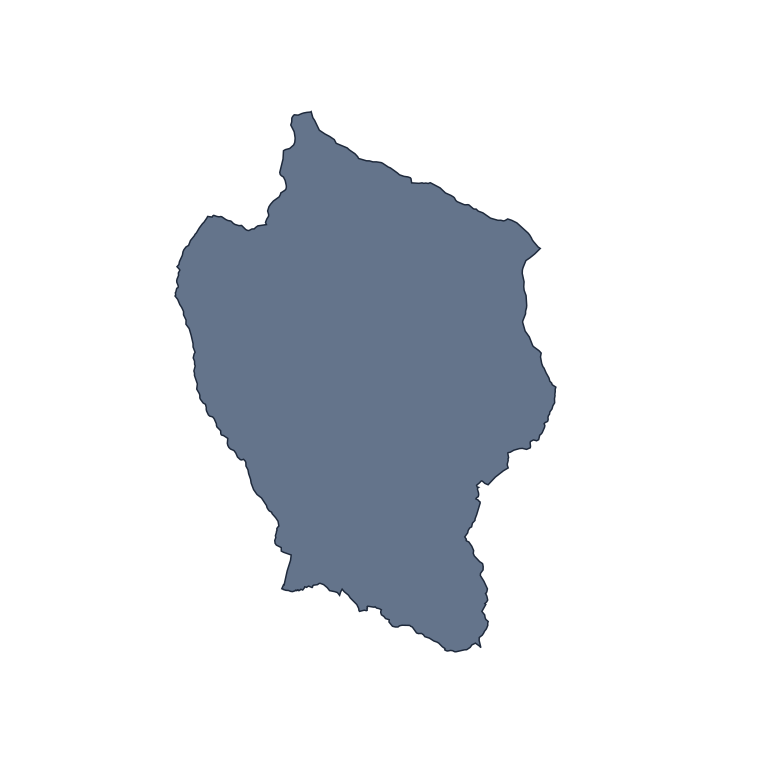 outline of Comarnic, Prahova, Romania, rotated 52°
{"feature_id": "2599482B19428684373237", "entity_name": "Comarnic", "entity_type": "district", "adm_level": 2, "iso_a3": "ROU", "parent_name": "Romania", "parent_adm1": "Prahova", "projection": "robinson", "projection_center": [25.622, 45.269], "detail": "fine", "context": "isolated", "style": "filled", "palette": "slate", "viewbox_px": 768, "rotation_deg": 52, "n_neighbors": 0, "source": "geoboundaries", "source_scale": "gbopen_adm2", "svg_char_len": 6170}
<svg xmlns="http://www.w3.org/2000/svg" viewBox="0 0 768 768"><g transform="rotate(52 384 384)"><path d="M651.4,470.0L644.6,466.9L642.4,465.0L642.4,461.1L641.5,458.5L640.8,457.3L640.0,454.1L638.1,450.8L636.3,449.5L635.3,448.1L632.2,448.7L630.4,448.2L627.9,446.8L623.5,446.9L620.4,439.5L619.1,439.8L618.9,437.2L618.1,435.3L614.6,433.6L611.5,432.9L611.6,432.0L611.0,430.8L609.1,428.6L600.9,426.7L594.2,426.0L592.6,424.5L591.5,420.4L589.0,418.3L586.5,417.0L585.5,417.1L582.9,418.0L575.1,418.7L572.5,418.0L570.4,415.9L565.9,414.7L560.7,414.4L558.4,415.6L557.7,415.5L557.0,414.7L554.2,414.5L552.8,409.7L551.2,407.8L550.2,405.1L550.5,402.9L548.1,400.0L547.5,396.3L546.3,395.2L544.0,391.4L537.0,381.5L536.0,380.9L534.8,381.3L533.6,381.2L531.1,382.3L530.6,381.1L530.8,379.1L529.7,377.7L528.1,376.6L524.5,375.2L523.6,374.1L523.7,373.1L522.4,374.0L520.8,373.4L520.7,369.8L520.3,367.3L520.5,366.7L521.5,366.2L524.4,365.7L527.5,364.0L525.9,353.6L525.9,343.3L526.6,337.8L524.3,337.0L522.9,336.1L520.8,333.3L519.3,332.3L518.8,331.2L515.5,329.5L514.6,328.9L514.5,328.5L515.5,326.5L516.1,322.4L518.3,317.0L519.9,314.6L523.3,311.9L524.3,308.0L523.3,306.9L520.5,305.2L519.7,304.4L519.5,303.8L520.1,300.6L522.7,298.7L523.1,296.4L520.2,292.8L520.2,291.2L519.8,289.4L517.0,284.2L515.9,282.9L513.8,282.2L513.6,280.5L514.1,278.9L514.0,277.7L513.0,276.5L511.2,275.3L510.1,273.8L509.8,272.3L508.1,270.5L507.1,267.0L505.1,264.3L503.9,261.1L500.5,258.7L498.6,256.5L497.3,255.7L495.4,253.7L493.6,252.4L492.3,250.5L488.1,251.9L486.5,251.3L483.9,251.6L480.8,250.3L475.0,249.4L470.0,248.1L468.1,248.1L464.9,247.1L459.0,244.0L456.4,241.1L453.4,241.3L446.5,243.2L445.3,243.2L436.3,240.5L429.2,240.2L420.6,236.7L419.8,235.9L415.9,229.3L413.7,227.5L411.7,224.8L410.1,223.3L401.8,217.6L396.5,215.9L393.4,214.0L389.7,210.7L382.0,207.0L379.3,204.7L377.9,202.8L374.1,196.2L374.4,191.4L374.3,185.1L373.4,177.4L371.0,178.2L363.7,178.5L361.3,178.4L360.1,178.0L356.4,177.5L353.9,177.5L338.8,180.1L333.6,182.6L330.1,184.9L329.7,188.0L329.0,189.5L326.9,191.1L325.2,193.4L318.8,198.0L310.0,200.7L305.8,203.3L302.9,203.7L302.0,204.9L300.9,205.7L295.3,206.8L294.4,207.4L292.8,209.7L291.9,210.5L285.3,214.1L283.5,214.4L280.7,213.9L279.4,214.1L276.7,215.1L271.2,218.0L264.1,219.0L254.3,223.4L253.8,223.7L253.2,225.7L251.4,227.3L250.4,229.1L248.9,230.2L247.4,232.9L242.5,238.4L238.8,236.3L237.7,236.3L235.6,237.6L232.7,240.4L228.7,243.0L226.0,243.5L217.7,245.9L215.6,247.1L209.1,249.2L207.8,249.9L204.3,253.2L202.1,256.0L199.3,258.0L197.3,260.4L190.6,265.2L188.7,264.8L184.8,265.1L178.1,267.2L175.4,267.6L164.9,273.5L160.8,272.7L155.5,274.4L150.6,276.6L144.2,278.7L133.7,276.4L130.3,276.1L124.5,273.7L124.5,274.4L122.5,277.5L121.0,280.4L120.2,282.5L119.3,286.1L116.6,289.0L116.9,291.1L117.7,292.9L120.7,295.4L122.5,298.0L130.0,299.5L135.5,302.6L138.6,305.5L140.0,308.0L140.3,312.5L140.3,313.4L138.6,317.4L138.3,319.6L144.5,325.0L153.1,335.9L155.1,336.8L156.8,336.6L159.0,335.8L162.8,336.6L167.4,338.8L168.7,339.7L169.6,340.7L170.2,341.7L170.3,343.0L169.9,347.7L170.9,349.0L172.0,351.4L171.7,358.5L172.5,362.7L173.5,365.6L176.0,369.2L179.3,370.5L180.7,371.6L181.9,374.9L183.7,377.9L186.0,378.5L181.7,386.1L181.6,389.0L181.9,390.7L180.5,392.7L180.0,395.6L179.5,396.5L178.1,397.5L176.9,397.9L171.4,398.6L169.9,400.8L166.4,403.3L164.5,403.9L161.8,404.2L161.0,404.6L159.0,406.4L157.0,407.4L152.3,408.9L151.5,409.6L150.7,411.1L149.0,412.6L146.3,414.3L146.1,415.2L146.6,416.7L143.4,419.8L144.1,421.3L145.7,426.3L145.9,428.3L147.3,433.4L149.5,439.0L149.7,440.7L150.4,442.1L151.8,448.2L154.5,452.7L154.1,455.7L155.0,459.0L156.0,460.9L158.4,463.6L161.6,469.8L163.6,472.1L164.1,474.9L168.1,474.6L168.7,474.9L169.9,477.7L172.0,479.1L173.8,482.3L174.9,483.7L176.2,484.6L179.9,485.7L180.9,486.4L181.2,487.1L181.0,488.2L181.4,489.0L183.3,491.3L183.6,492.2L185.8,493.5L186.0,494.5L190.3,494.5L195.7,496.0L199.1,496.3L203.4,497.3L206.1,499.4L211.7,500.6L215.0,503.3L220.4,503.4L226.9,506.0L234.6,509.6L237.3,511.7L242.7,513.3L243.4,515.1L246.0,518.3L249.3,519.2L252.0,521.2L253.5,521.6L256.7,525.8L258.7,526.6L260.6,528.1L269.0,531.0L272.7,534.7L278.1,535.5L279.7,536.2L281.6,537.7L283.1,538.1L287.6,538.2L290.1,537.2L293.3,538.6L294.2,539.5L295.9,540.4L300.2,541.4L302.0,541.1L304.4,539.3L306.7,539.2L312.2,540.6L313.6,541.6L315.0,542.1L320.2,541.5L322.7,543.2L323.7,543.5L324.7,543.2L325.6,542.3L330.7,540.6L334.3,544.0L336.3,544.9L338.5,545.3L340.7,545.0L344.1,543.2L347.2,543.3L351.3,544.4L355.2,543.8L356.2,542.9L356.9,541.0L359.4,540.8L360.8,541.2L363.7,543.3L367.8,544.0L371.4,545.9L376.9,547.8L380.3,549.7L387.0,551.8L392.9,552.1L398.4,550.7L407.4,551.4L409.4,552.3L412.0,552.6L413.5,552.5L415.9,551.5L417.2,552.0L422.7,551.7L426.9,552.0L431.2,554.3L431.5,556.3L432.0,557.5L433.6,558.6L433.8,559.3L435.0,560.5L436.6,562.9L438.5,563.9L440.0,566.4L442.5,567.9L444.7,568.0L449.6,565.7L452.4,567.8L454.7,566.8L461.6,562.4L465.4,566.2L471.7,575.4L480.8,586.4L480.3,586.7L482.4,590.6L483.7,589.7L483.9,589.9L486.2,588.3L487.9,586.4L490.0,585.2L491.3,583.9L492.1,581.7L492.0,580.7L492.8,580.5L492.8,579.4L494.0,578.8L494.2,578.5L493.7,578.3L494.7,577.6L494.6,575.9L496.3,574.9L495.6,572.2L495.0,571.3L496.7,570.1L496.6,569.2L496.9,567.8L500.1,566.0L500.1,565.5L499.2,564.3L499.1,563.5L501.2,559.9L501.2,558.1L501.8,557.0L504.9,555.1L509.6,554.1L513.3,554.1L517.4,550.6L519.7,549.1L523.2,549.1L521.1,546.1L519.9,543.3L523.3,543.2L528.5,542.0L531.9,542.3L541.0,541.2L545.2,542.1L547.1,543.2L548.1,543.3L550.1,538.8L551.7,537.5L551.9,537.0L551.9,536.5L550.4,535.6L550.3,534.9L549.2,534.6L549.0,534.0L549.2,533.5L553.4,529.6L553.9,529.0L554.0,528.2L556.0,527.8L558.2,526.0L560.3,525.1L561.0,526.3L562.1,527.3L564.3,528.1L567.1,527.2L569.8,527.2L573.0,525.0L574.6,526.6L580.1,526.5L582.4,524.7L584.1,522.6L584.1,520.6L585.2,518.3L590.1,512.3L591.2,512.2L593.0,511.3L600.2,511.6L601.8,510.6L603.7,508.0L605.9,507.3L608.2,507.4L612.2,504.7L617.3,502.9L619.9,501.2L621.8,500.4L627.0,499.8L629.8,498.9L630.3,499.0L630.9,499.8L632.6,499.1L633.6,498.2L634.9,495.6L636.4,494.1L638.4,493.2L639.3,492.2L643.1,484.1L644.3,482.4L644.6,478.2L643.7,475.4L644.5,471.5L649.3,470.1L651.4,470.0Z" fill="#64748b" stroke="#1e293b" stroke-width="1.5"/></g></svg>